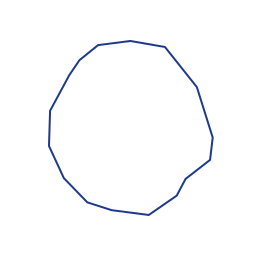 Isiro, Orientale, Democratic Republic of the Congo (Robinson projection), rotated 156°
{"feature_id": "63176286B55213243416233", "entity_name": "Isiro", "entity_type": "district", "adm_level": 2, "iso_a3": "COD", "parent_name": "Democratic Republic of the Congo", "parent_adm1": "Orientale", "projection": "robinson", "projection_center": [27.634, 2.767], "detail": "fine", "context": "isolated", "style": "outline", "palette": "blue", "viewbox_px": 256, "rotation_deg": 156, "n_neighbors": 0, "source": "geoboundaries", "source_scale": "gbopen_adm2", "svg_char_len": 367}
<svg xmlns="http://www.w3.org/2000/svg" viewBox="0 0 256 256"><g transform="rotate(156 128 128)"><path d="M48.5,137.5L61.3,187.0L90.6,206.6L121.6,215.9L144.8,209.7L160.1,200.2L192.2,175.4L207.5,143.7L207.0,108.3L195.4,76.6L176.4,59.6L144.4,40.1L111.0,46.4L96.1,58.1L66.0,65.5L54.5,84.8L48.7,135.3L48.5,137.5Z" fill="none" stroke="#1e3a8a" stroke-width="2"/></g></svg>